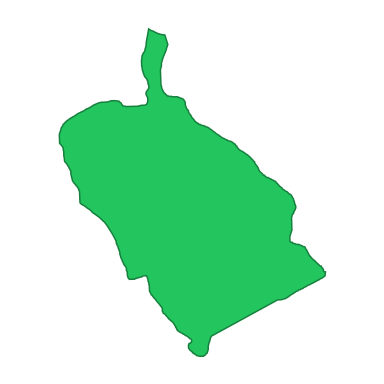 Flores, Heredia, Costa Rica (Albers equal-area conic projection), rotated 268°
{"feature_id": "36466004B75019906256139", "entity_name": "Flores", "entity_type": "district", "adm_level": 2, "iso_a3": "CRI", "parent_name": "Costa Rica", "parent_adm1": "Heredia", "projection": "albers", "projection_center": [-84.155, 10.006], "detail": "fine", "context": "isolated", "style": "filled", "palette": "green", "viewbox_px": 384, "rotation_deg": 268, "n_neighbors": 0, "source": "geoboundaries", "source_scale": "gbopen_adm2", "svg_char_len": 5969}
<svg xmlns="http://www.w3.org/2000/svg" viewBox="0 0 384 384"><g transform="rotate(268 192 192)"><path d="M356.5,154.4L342.7,151.4L340.5,151.3L339.0,151.0L336.9,150.2L334.7,149.8L334.1,149.5L332.6,148.2L331.9,148.0L331.0,147.3L330.3,147.2L329.7,146.8L326.8,146.5L325.4,146.1L319.3,146.1L318.9,146.4L316.0,146.6L311.0,148.0L310.4,148.3L309.1,148.7L307.5,149.9L307.2,150.5L306.5,150.6L306.2,151.0L305.4,151.0L304.1,151.7L301.9,151.8L299.8,152.5L297.6,152.5L295.7,151.5L295.4,150.9L294.1,150.3L293.8,149.9L292.6,149.5L291.1,149.5L290.5,149.9L289.8,149.9L289.2,150.4L288.6,150.6L288.2,151.0L283.7,150.9L281.3,149.7L280.4,148.0L280.4,144.2L280.0,142.8L280.0,142.0L279.6,141.4L279.7,129.3L280.0,128.7L280.0,127.2L280.4,126.8L280.4,126.0L280.8,125.7L283.8,123.9L284.3,122.9L285.3,122.2L285.3,120.8L285.7,120.3L285.7,119.6L286.0,118.1L286.0,114.4L284.9,110.8L284.8,104.0L284.2,101.9L283.9,100.5L283.5,99.9L283.1,98.5L282.6,98.0L282.6,97.2L282.2,96.6L280.4,93.6L280.2,93.0L279.6,92.6L279.6,91.9L278.9,90.7L278.9,89.9L276.2,85.5L276.2,84.8L275.5,83.5L274.3,80.7L271.5,76.3L271.3,75.6L270.6,74.6L270.2,73.3L269.6,73.0L269.1,71.7L268.0,70.5L267.9,69.8L266.5,68.4L266.2,67.8L265.6,67.4L264.5,66.3L264.2,65.6L263.4,65.6L260.4,63.4L259.0,63.2L254.9,61.6L254.2,61.4L245.2,61.4L243.0,63.3L240.8,64.7L238.5,64.8L237.2,65.2L231.9,65.2L230.5,65.6L228.2,65.6L226.8,65.9L224.3,68.0L223.6,68.2L220.6,70.1L219.9,70.1L219.3,70.6L217.9,71.1L217.3,71.6L214.3,71.6L209.9,72.4L209.3,72.8L207.7,72.8L204.8,74.6L203.9,75.5L203.3,75.8L203.0,76.4L202.3,76.5L201.9,77.1L200.6,77.7L199.1,78.8L198.3,78.8L196.4,79.6L185.1,79.7L183.6,81.1L183.0,82.3L182.5,82.7L182.4,83.4L181.3,84.5L180.6,85.8L179.4,86.9L178.2,88.8L176.8,90.5L176.1,90.8L174.3,92.6L173.7,94.0L173.0,94.3L172.7,95.0L170.8,97.3L170.5,97.9L170.0,98.3L168.7,99.8L168.1,100.1L167.4,101.1L166.2,101.9L165.9,102.5L164.8,103.6L160.6,106.5L159.9,106.8L152.8,111.0L146.0,114.3L143.0,114.7L142.6,115.1L141.9,115.1L139.9,116.1L138.5,116.3L137.1,117.0L136.3,117.0L135.7,117.4L134.3,117.7L132.0,117.8L130.6,118.3L129.2,118.5L125.9,119.9L125.2,120.0L124.8,120.4L122.7,121.1L122.3,121.5L121.6,121.5L120.8,122.3L118.6,123.7L115.6,123.8L115.2,124.2L113.8,124.5L110.8,124.5L108.1,125.3L106.9,126.4L106.9,131.7L107.3,132.0L107.6,133.4L108.0,133.8L108.0,135.3L108.4,135.9L109.1,139.2L109.9,140.2L109.9,143.2L109.7,143.8L109.0,143.9L107.7,144.5L107.0,144.6L106.4,144.9L104.1,145.0L103.1,145.7L100.9,145.7L100.5,146.0L94.4,146.1L93.8,146.3L93.2,146.8L92.5,146.9L91.2,147.6L90.6,147.7L90.3,148.5L89.1,149.1L88.1,150.0L87.5,150.2L86.4,151.4L83.2,153.6L80.3,156.0L79.6,156.3L78.0,157.6L76.9,158.2L73.9,158.2L73.5,158.6L72.1,158.9L70.4,161.1L69.1,161.9L68.1,163.0L66.1,164.2L65.3,165.4L64.6,165.7L63.3,167.4L62.3,168.3L60.0,169.9L59.3,170.1L58.1,171.0L57.3,171.0L56.8,171.5L55.5,171.9L55.1,172.5L54.3,172.5L53.6,173.3L53.3,173.9L52.8,174.3L51.7,176.1L51.6,176.8L50.5,177.9L49.9,179.2L48.9,180.4L47.9,182.4L45.3,185.1L45.2,185.8L44.0,186.5L42.5,186.4L41.9,186.1L41.6,185.5L41.1,185.2L40.7,183.9L40.3,183.5L39.6,183.5L39.2,183.1L36.2,183.1L34.3,184.2L33.3,185.3L32.9,185.9L32.3,186.3L32.0,186.9L31.3,187.0L31.2,187.7L30.6,188.0L30.3,188.7L29.4,189.6L28.8,190.9L28.3,191.1L28.2,191.9L27.5,193.9L27.5,197.6L28.5,199.4L30.2,200.9L30.5,201.5L34.3,202.8L37.3,202.8L38.0,203.1L40.8,203.7L41.4,204.2L45.5,205.4L46.1,205.8L46.8,205.8L47.2,206.2L81.2,273.8L81.2,277.6L81.9,279.7L82.1,281.2L82.3,281.8L83.1,282.6L83.1,283.3L83.7,284.4L84.6,285.3L84.7,285.9L86.2,287.9L86.7,289.2L87.6,290.2L87.7,290.9L88.2,291.3L88.4,292.0L88.9,292.5L89.4,293.8L89.5,294.5L90.1,294.8L90.6,296.1L90.6,296.9L91.2,297.3L91.4,298.6L92.0,299.8L92.5,300.2L93.7,303.0L94.6,304.2L95.5,306.9L96.3,308.1L96.4,308.8L98.1,312.0L98.2,312.7L98.6,313.1L98.8,313.7L99.3,314.3L99.7,315.7L100.8,317.3L101.2,318.6L103.5,322.0L107.5,322.6L107.8,321.2L108.8,320.6L109.9,320.6L111.0,320.1L111.6,319.5L112.5,318.9L113.4,318.6L113.6,317.5L117.8,313.3L119.5,311.9L119.9,310.8L120.8,310.3L122.5,308.6L123.5,308.2L124.1,307.3L128.0,305.4L130.0,304.6L130.9,303.8L131.9,303.5L132.9,303.0L133.5,302.3L133.5,301.2L134.7,299.7L134.9,298.6L135.6,297.6L135.9,296.5L136.1,294.2L136.7,293.2L137.2,291.1L138.2,290.6L138.2,289.5L138.8,288.5L139.7,288.2L144.4,288.2L145.0,288.7L146.1,288.9L148.1,289.7L149.2,289.9L150.1,290.5L163.1,290.6L164.1,291.1L165.3,291.1L167.4,292.9L168.6,292.9L169.3,293.6L172.2,295.1L173.3,295.2L174.5,295.2L175.1,294.7L176.3,294.5L177.3,294.1L178.5,294.0L181.9,292.9L185.5,291.0L186.1,290.4L187.2,288.4L188.1,287.9L188.9,287.1L189.8,285.2L190.6,284.5L191.8,282.6L192.8,282.1L194.1,280.5L196.7,278.1L197.7,277.6L198.2,276.6L199.2,276.2L200.0,275.4L200.3,274.3L200.9,273.7L201.2,272.6L202.0,271.7L203.0,269.6L203.8,268.7L203.8,267.5L205.1,265.6L206.2,265.1L206.2,263.9L207.2,263.4L210.4,260.3L212.4,259.3L213.5,259.1L215.5,258.0L218.6,255.7L219.8,255.7L221.5,253.9L222.5,253.5L223.0,252.6L224.0,252.0L227.4,248.5L227.9,247.5L229.2,246.0L230.3,244.5L231.3,242.7L233.0,240.3L235.1,238.7L236.2,238.5L236.6,237.6L238.3,236.8L238.7,235.9L240.7,233.6L241.6,231.6L241.6,230.4L242.8,228.9L243.0,227.9L244.2,226.2L244.6,225.1L245.8,223.2L247.9,220.7L249.1,218.7L250.7,217.0L252.1,215.1L253.7,213.4L254.2,212.4L255.0,211.6L256.3,209.7L256.4,208.5L257.2,207.6L258.0,205.6L258.1,204.5L258.6,203.4L259.3,202.5L259.3,201.3L260.3,200.7L260.5,199.8L261.3,199.1L261.8,198.2L262.7,197.4L265.2,195.7L265.8,194.9L269.4,193.1L270.2,192.2L272.3,191.3L273.5,191.3L274.7,190.1L276.5,189.2L279.5,188.3L281.8,188.3L283.0,187.9L284.7,186.8L285.9,185.3L286.0,184.1L287.1,182.2L287.3,181.3L287.7,180.5L287.8,175.8L288.3,174.8L288.3,172.5L288.8,171.8L288.9,170.7L289.7,170.1L290.3,169.2L291.3,168.7L291.8,167.7L296.0,165.7L297.1,165.3L298.3,165.3L300.6,164.7L314.7,164.7L315.9,164.9L319.3,165.9L321.6,165.9L327.2,167.7L334.7,171.1L336.9,171.7L340.2,173.0L349.9,170.3L349.9,169.2L350.3,168.8L350.3,167.3L351.8,162.8L352.9,161.2L352.9,160.4L353.9,159.3L354.8,156.8L356.5,154.4Z" fill="#22c55e" stroke="#15803d" stroke-width="1.5"/></g></svg>